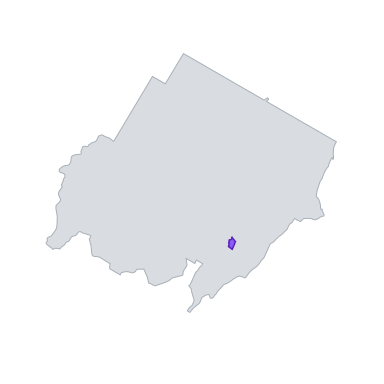 location of Al Fao, Gedarif, Sudan, rotated 30°
{"feature_id": "16777658B5270052963378", "entity_name": "Al Fao", "entity_type": "district", "adm_level": 2, "iso_a3": "SDN", "parent_name": "Sudan", "parent_adm1": "Gedarif", "projection": "natural_earth1", "projection_center": [34.062, 14.059], "detail": "fine", "context": "in_parent", "style": "filled", "palette": "violet", "viewbox_px": 384, "rotation_deg": 30, "n_neighbors": 0, "source": "geoboundaries", "source_scale": "gbopen_adm2", "svg_char_len": 4505}
<svg xmlns="http://www.w3.org/2000/svg" viewBox="0 0 384 384"><g transform="rotate(30 192 192)"><path d="M250.4,297.3L247.6,297.3L247.3,296.5L247.4,294.4L247.7,292.8L248.7,290.3L248.5,288.9L248.6,286.9L247.9,284.6L241.1,278.1L239.8,276.3L236.1,274.7L236.8,272.9L235.3,259.6L236.0,258.0L236.2,255.7L236.2,253.7L237.1,250.3L237.2,248.8L230.0,248.7L229.9,250.2L230.2,251.8L230.2,252.5L220.2,252.5L224.2,257.7L224.4,260.0L224.1,262.9L224.2,264.7L224.4,265.9L225.5,268.2L225.4,268.7L225.2,269.2L218.0,276.2L216.8,279.4L215.9,281.1L213.8,283.9L207.3,291.4L206.2,291.9L201.3,292.1L200.8,292.3L200.4,292.6L200.2,292.6L196.0,288.2L188.9,282.9L184.1,285.7L182.8,286.7L182.8,289.2L182.1,290.5L180.8,291.9L177.3,292.8L175.5,293.5L173.3,295.0L171.2,297.3L171.1,298.6L171.3,299.7L159.3,299.6L158.5,298.8L156.7,294.8L155.5,295.1L144.5,294.6L143.0,295.0L139.8,296.6L138.2,296.9L136.6,296.2L130.9,288.4L129.7,287.5L128.4,285.7L127.1,284.8L126.7,284.3L126.6,283.4L126.6,281.7L126.2,280.7L125.3,280.4L117.6,282.2L116.5,282.0L114.8,282.3L114.3,282.7L113.6,283.7L113.5,285.8L113.3,286.9L112.7,288.0L110.4,290.6L109.9,291.8L110.0,294.7L109.9,296.1L109.5,296.8L108.6,297.9L108.2,298.6L107.8,302.3L106.6,304.5L106.3,305.3L106.2,306.9L106.0,307.4L102.5,308.7L101.2,309.5L100.4,310.8L100.2,311.3L98.7,310.8L96.7,310.5L93.1,310.1L91.6,309.5L90.9,308.7L91.2,306.4L90.8,305.9L90.2,305.5L89.8,304.6L89.9,303.4L91.9,300.8L92.3,299.4L92.9,292.9L92.7,290.9L91.2,287.3L87.8,281.0L86.9,279.8L82.6,274.6L82.1,273.8L81.0,271.6L82.2,266.9L82.3,265.5L82.0,264.2L80.9,263.1L80.0,263.0L78.7,261.7L77.8,261.2L77.1,260.0L76.6,258.4L77.0,252.8L76.8,252.1L75.6,251.8L75.4,251.4L75.4,250.4L74.9,247.1L74.2,244.5L74.6,243.0L73.7,241.0L71.9,240.1L68.4,240.8L67.3,240.7L66.6,240.3L66.0,239.6L65.8,238.7L66.0,237.4L67.1,235.0L68.3,233.0L70.9,231.2L71.6,230.3L72.0,229.2L72.0,228.0L71.9,226.7L71.6,225.5L70.9,224.0L70.2,222.2L70.2,220.9L70.6,220.1L71.3,219.0L73.8,216.9L76.4,215.2L76.8,214.6L76.7,213.8L75.5,212.4L75.2,209.6L74.6,207.7L75.9,206.3L76.8,205.7L78.4,205.3L79.0,204.7L79.1,203.5L79.1,202.4L79.7,201.6L80.4,199.8L81.0,199.0L83.0,196.9L83.4,195.6L83.6,194.3L83.1,190.4L84.3,188.8L85.7,187.4L87.8,187.5L91.0,187.2L93.2,186.6L94.8,186.7L98.3,187.4L98.7,187.1L98.9,186.0L100.0,111.7L114.7,111.7L114.8,111.6L115.4,76.4L207.9,76.4L208.6,76.2L210.1,72.9L210.7,72.7L211.7,72.9L212.0,73.7L211.2,76.4L291.9,76.3L292.1,80.4L292.8,83.6L295.1,88.2L297.0,90.7L297.7,92.0L297.8,92.7L297.7,93.3L297.1,92.6L296.1,92.1L296.0,94.3L296.5,98.7L297.3,101.8L296.8,104.6L296.9,109.5L297.9,115.3L297.7,119.0L299.5,127.6L301.1,132.4L302.0,133.6L303.0,134.2L305.0,134.7L307.9,137.1L310.2,139.7L311.0,141.0L312.1,142.5L312.8,142.2L313.3,141.8L314.1,143.0L317.7,145.6L318.2,146.8L316.9,148.0L315.4,150.0L314.7,151.9L314.3,152.5L313.1,153.7L312.9,154.2L312.4,154.6L311.9,154.6L310.6,155.3L309.5,155.1L308.4,155.4L308.0,155.9L307.1,156.2L305.9,156.5L304.0,158.0L302.4,158.8L301.8,159.5L301.0,162.6L300.4,163.5L297.9,163.5L296.8,163.8L295.1,163.5L294.4,163.5L294.2,164.2L293.9,166.9L293.9,168.1L292.6,171.2L293.0,177.0L291.7,181.3L291.5,182.3L290.2,185.7L289.5,187.0L287.8,193.4L287.2,195.4L285.7,197.5L287.2,212.9L286.1,217.6L286.1,220.2L285.3,224.0L284.6,225.8L283.5,227.9L282.6,230.3L281.8,233.4L281.3,239.3L281.0,239.8L276.7,240.6L275.4,241.0L274.4,241.7L273.3,243.2L271.1,247.3L270.0,249.9L268.2,253.4L266.1,255.9L265.6,257.1L265.3,259.3L264.5,262.8L263.8,265.4L263.9,267.4L263.2,270.9L263.3,272.6L262.6,273.6L261.6,274.5L260.9,274.7L257.9,272.3L255.8,274.0L254.5,276.2L253.4,278.5L254.0,283.4L254.0,284.5L253.7,285.6L251.7,290.4L251.1,292.6L250.5,296.4L250.4,297.3Z" fill="#d9dde1" stroke="#a8b0b8" stroke-width="1"/><path d="M249.8,211.5L249.7,211.5L249.3,211.3L249.2,211.2L249.1,211.4L249.1,211.5L249.5,211.9L249.8,212.5L249.9,212.8L249.8,213.1L249.6,213.5L249.3,214.0L249.1,214.1L249.0,214.3L248.9,214.4L248.6,214.5L248.2,214.9L248.2,215.0L248.3,215.2L248.4,215.5L248.6,215.8L248.6,216.0L248.9,216.4L249.1,216.7L249.1,217.1L249.1,217.3L249.3,217.4L249.3,217.6L249.5,217.6L249.9,217.8L249.9,218.0L249.9,218.3L250.0,218.4L250.0,218.5L250.3,218.8L250.4,219.1L250.5,219.2L250.4,219.3L250.5,219.4L250.6,219.5L250.6,219.8L250.7,220.0L250.7,220.3L250.7,220.5L250.8,220.7L250.8,220.8L251.1,220.8L251.2,221.0L251.3,221.1L251.8,221.2L252.5,221.2L253.4,221.3L254.3,221.4L254.6,221.5L254.8,221.5L255.5,221.5L254.9,216.4L254.7,215.1L254.6,214.4L254.4,213.1L253.8,213.1L252.4,212.4L250.6,211.8L249.9,211.5L249.8,211.5Z" fill="#8b5cf6" stroke="#5b21b6" stroke-width="1.5"/></g></svg>